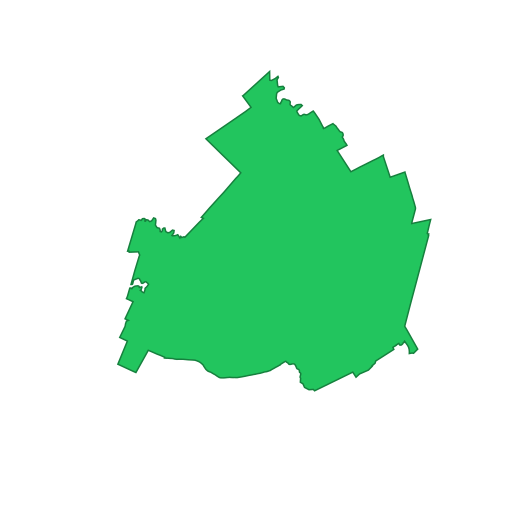 outline of Buzoesti, Arges, Romania, rotated 153°
{"feature_id": "2599482B1086880995944", "entity_name": "Buzoesti", "entity_type": "district", "adm_level": 2, "iso_a3": "ROU", "parent_name": "Romania", "parent_adm1": "Arges", "projection": "robinson", "projection_center": [24.92, 44.587], "detail": "fine", "context": "isolated", "style": "filled", "palette": "green", "viewbox_px": 512, "rotation_deg": 153, "n_neighbors": 0, "source": "geoboundaries", "source_scale": "gbopen_adm2", "svg_char_len": 6057}
<svg xmlns="http://www.w3.org/2000/svg" viewBox="0 0 512 512"><g transform="rotate(153 256 256)"><path d="M160.1,414.2L180.6,408.6L194.8,404.7L195.2,404.7L192.9,390.7L199.6,389.5L225.2,386.1L247.4,383.2L240.3,362.1L237.2,353.0L231.8,337.0L236.4,335.1L238.8,334.3L255.9,327.3L263.5,324.5L275.6,319.9L287.2,315.2L285.8,313.5L291.3,311.8L310.9,305.0L311.0,305.1L311.4,305.8L313.8,306.2L314.1,307.6L315.6,306.6L315.8,308.8L316.0,309.4L315.9,309.8L316.1,310.5L317.5,310.6L319.0,310.9L321.3,311.9L321.6,312.4L318.8,313.9L317.4,315.9L318.6,317.0L322.2,316.2L324.0,316.7L325.3,318.7L324.5,322.3L325.6,322.8L327.2,322.4L327.8,321.2L329.3,320.4L330.3,321.3L329.7,322.4L329.4,324.5L331.3,326.2L331.6,329.2L330.2,331.3L328.9,333.4L328.6,335.0L329.9,336.4L333.0,334.7L335.1,334.9L335.9,337.1L337.4,338.2L338.6,337.2L339.1,337.6L338.1,339.4L338.6,340.2L340.3,340.8L341.5,340.1L342.3,339.9L342.8,340.6L344.0,341.5L345.0,341.1L347.3,340.7L348.2,339.6L368.2,318.6L367.0,318.0L367.3,317.0L358.9,313.1L359.2,309.6L360.2,308.8L370.4,298.2L380.3,287.4L379.6,287.0L379.0,286.9L378.6,287.1L375.9,290.2L375.4,290.1L373.3,289.9L372.6,289.8L371.7,289.8L370.9,289.5L370.5,289.1L370.2,288.4L370.3,286.8L370.1,286.0L370.4,284.0L370.1,283.5L369.6,283.2L368.6,283.1L366.8,283.4L366.2,283.2L365.6,282.7L365.2,281.6L365.0,281.2L364.8,280.8L364.6,279.6L366.9,278.3L368.2,277.9L369.4,277.6L369.7,277.3L370.0,276.6L371.0,275.5L371.9,274.6L372.5,274.1L373.4,275.1L373.7,275.7L374.0,277.1L374.2,277.4L374.6,277.7L374.7,277.9L374.5,278.0L373.9,278.0L373.5,278.3L371.8,280.0L371.8,280.4L372.1,280.4L372.7,280.5L373.4,280.9L373.6,280.8L374.3,280.9L374.3,281.0L374.1,281.5L374.0,281.9L374.1,282.3L374.4,282.7L375.1,283.2L377.3,284.0L378.1,284.1L380.3,283.9L380.9,283.6L381.1,283.3L381.4,283.2L381.6,283.3L381.8,283.7L381.9,284.0L382.0,284.3L383.0,284.7L388.8,278.5L389.9,277.5L390.8,276.8L386.3,271.1L401.2,259.5L398.9,256.6L401.1,256.7L402.3,255.5L402.7,255.2L404.6,252.7L414.4,245.3L410.1,239.7L409.2,238.6L428.2,222.3L421.3,213.5L417.3,208.4L415.9,206.7L398.6,218.3L394.8,220.9L391.7,217.2L388.7,213.5L386.4,211.0L383.4,207.3L383.9,206.7L382.2,205.6L381.0,205.0L378.6,203.5L377.7,203.0L376.3,202.1L375.5,201.3L373.3,199.8L372.5,199.5L370.5,198.5L367.7,197.0L363.6,194.4L359.3,191.9L357.7,190.9L356.9,190.1L356.3,189.5L355.0,188.0L354.1,186.7L353.7,185.8L353.0,184.1L352.7,183.2L352.6,182.8L352.5,180.8L352.3,179.6L352.3,178.9L352.1,177.9L352.1,177.7L351.2,175.4L350.2,174.1L349.2,173.2L347.2,170.0L346.7,169.4L346.1,168.4L345.7,167.6L345.3,166.8L343.9,164.5L343.5,164.1L343.1,163.7L341.3,162.7L340.1,162.1L338.7,161.5L337.1,160.9L334.7,159.9L334.4,159.9L334.1,159.7L333.9,159.4L331.8,158.2L330.0,157.3L328.0,156.2L325.7,155.5L324.2,155.0L320.5,153.9L316.3,152.8L313.8,152.0L311.8,151.5L310.7,151.1L307.9,150.4L307.3,150.2L306.0,149.8L305.3,149.6L302.8,149.1L301.5,148.9L300.6,148.7L299.9,148.4L298.6,148.0L298.3,148.0L297.7,147.9L297.1,147.8L296.7,147.8L295.9,147.6L295.3,147.5L294.7,147.5L294.3,147.7L290.6,147.8L289.0,147.9L287.3,147.9L286.5,147.9L285.3,148.0L284.2,148.0L283.7,148.0L283.5,148.3L280.6,148.6L277.6,148.8L277.2,148.6L277.0,147.6L276.7,147.2L276.1,146.1L276.0,145.5L275.9,144.9L275.7,144.5L275.5,144.3L275.0,144.0L274.3,143.7L273.8,143.6L273.1,143.5L272.5,143.3L271.8,143.0L271.1,142.5L270.8,142.2L270.6,141.7L270.5,139.2L270.7,137.9L270.6,136.9L270.4,136.7L269.6,135.6L269.3,134.7L269.3,134.4L269.4,134.1L269.8,133.3L270.0,132.5L269.5,131.7L269.5,131.0L269.7,130.5L271.4,128.5L271.7,128.1L271.8,127.6L271.7,126.9L273.8,123.4L272.2,120.8L272.4,116.9L269.5,112.8L265.5,111.1L265.0,109.3L222.5,108.6L221.9,102.6L217.3,103.9L207.6,103.3L202.5,105.0L202.6,105.4L198.6,106.4L197.0,108.1L175.6,110.2L175.5,112.5L171.6,112.8L171.6,113.0L169.1,113.3L168.4,113.3L168.5,112.1L168.2,111.2L166.8,110.7L165.2,111.1L164.5,111.7L163.4,111.7L162.8,112.0L162.8,112.5L162.3,112.7L161.5,107.5L161.5,105.3L161.9,103.4L162.6,101.6L163.2,100.4L163.7,99.5L161.0,98.7L159.8,97.8L156.4,98.9L154.2,99.6L155.1,121.1L155.4,125.8L154.7,126.7L139.9,143.4L125.8,159.1L93.0,195.7L93.2,195.9L92.1,197.2L93.1,197.9L93.2,198.3L93.1,198.5L92.8,198.8L87.0,205.6L84.6,208.3L83.8,209.2L102.5,214.2L102.2,214.6L101.8,215.2L101.3,215.8L97.5,220.0L92.6,225.5L92.2,226.2L91.9,227.0L90.8,232.4L90.1,236.6L89.6,238.7L88.8,243.6L88.1,247.7L87.3,251.8L85.3,262.9L85.2,263.2L100.7,265.3L97.4,286.7L96.7,288.1L98.4,288.1L101.7,287.9L103.5,287.9L104.9,287.9L106.0,287.9L108.4,288.0L111.3,288.0L123.0,288.1L127.5,288.0L133.2,288.0L135.8,313.2L124.7,313.3L124.8,315.1L124.9,315.7L125.0,315.9L125.3,318.5L125.0,320.1L125.0,321.0L125.2,322.4L125.1,322.7L124.9,323.0L124.0,323.5L123.6,323.9L123.3,324.5L123.1,325.0L123.0,325.7L123.0,326.1L123.0,326.5L123.2,327.0L123.3,327.2L123.6,327.5L124.5,328.3L124.9,329.4L125.1,330.6L125.2,331.5L125.4,332.2L125.6,333.1L125.8,335.1L125.8,335.4L127.4,338.9L127.4,339.0L132.5,339.0L136.1,338.8L136.7,338.8L137.3,339.0L138.0,338.9L138.1,339.1L137.6,340.3L137.8,340.9L137.8,349.0L138.7,356.5L138.9,357.8L139.2,359.2L142.5,358.9L143.9,358.7L144.7,358.6L145.8,358.6L146.2,358.7L147.1,358.9L147.6,359.2L147.6,359.3L148.0,359.7L148.1,359.8L148.5,360.2L149.2,360.5L149.6,360.6L150.3,360.5L152.3,360.3L152.7,360.7L153.5,361.5L153.8,362.2L154.0,364.5L154.0,366.1L153.8,366.7L151.5,367.5L148.0,368.5L146.5,369.0L147.1,370.6L149.8,371.8L151.5,372.2L155.2,371.3L155.5,372.0L155.8,372.6L155.9,372.9L156.0,373.4L156.2,373.7L156.7,374.5L156.8,374.8L156.8,375.1L156.8,375.8L156.4,376.4L155.9,377.1L155.7,377.5L155.5,378.1L155.6,378.6L155.7,379.0L155.9,379.5L156.1,379.8L156.5,380.1L157.1,380.6L157.9,381.1L158.5,382.0L159.1,382.8L160.0,383.4L160.6,383.6L161.1,383.6L161.6,383.4L162.3,383.0L162.9,382.2L163.2,382.0L164.0,381.7L164.3,381.4L164.8,380.8L165.0,380.6L165.4,380.7L165.7,380.9L166.0,381.2L166.3,381.7L166.5,382.1L166.7,382.5L167.0,382.9L166.8,384.1L166.5,387.3L163.9,391.3L162.6,392.2L158.5,392.6L155.2,392.0L154.4,393.0L154.9,394.9L159.4,396.6L159.3,398.1L157.3,403.4L155.0,404.9L154.9,406.1L158.3,405.4L162.6,405.4L163.9,406.4L160.1,414.2Z" fill="#22c55e" stroke="#15803d" stroke-width="1.5"/></g></svg>